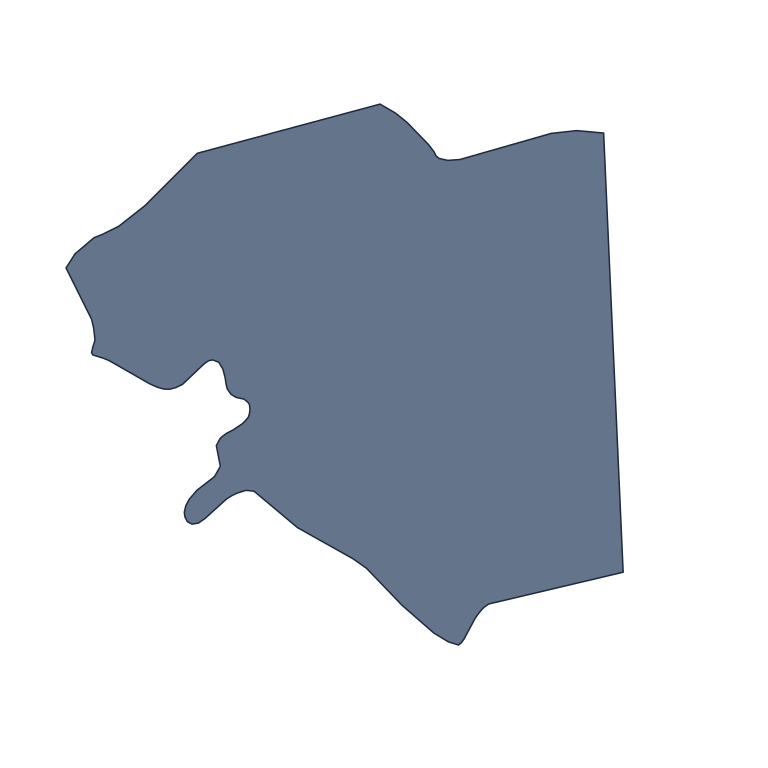 an SVG outline of Salima, rotated 345°
{"feature_id": "MWI-1914", "entity_name": "Salima", "entity_type": "District", "adm_level": 1, "iso_a3": "MWI", "parent_name": "Malawi", "parent_adm1": "", "projection": "mercator", "projection_center": [34.346, -13.759], "detail": "fine", "context": "isolated", "style": "filled", "palette": "slate", "viewbox_px": 768, "rotation_deg": 345, "n_neighbors": 0, "source": "natural_earth", "source_scale": "10m", "svg_char_len": 1275}
<svg xmlns="http://www.w3.org/2000/svg" viewBox="0 0 768 768"><g transform="rotate(345 384 384)"><path d="M452.6,112.6L465.2,125.3L473.9,137.2L488.9,164.1L492.4,172.6L493.3,177.1L495.5,180.3L503.5,184.5L515.4,186.8L610.3,185.2L635.7,189.1L660.5,198.2L661.1,198.5L566.3,627.7L428.2,623.6L423.0,625.5L419.9,627.3L415.9,630.2L411.3,634.0L395.6,650.8L391.7,654.0L388.5,655.4L379.6,649.9L367.7,637.5L344.2,602.5L319.4,557.5L309.1,545.1L263.3,500.4L230.7,453.9L223.1,451.0L213.8,451.4L208.0,452.5L202.2,454.3L176.5,467.5L168.8,470.3L162.3,469.7L158.5,466.2L157.3,461.1L157.9,456.2L161.0,450.4L165.8,445.1L175.8,438.2L196.3,429.6L204.6,421.2L206.1,400.1L209.2,396.8L210.0,395.9L211.4,394.4L214.4,392.7L219.1,390.9L226.3,389.3L237.1,385.6L240.6,383.6L244.4,380.9L246.4,377.7L247.9,373.9L248.7,369.0L247.6,366.1L244.8,362.4L237.7,358.7L233.6,354.5L231.3,348.2L231.4,343.4L232.2,336.1L232.2,327.8L230.0,320.2L224.9,316.5L220.7,316.1L215.6,317.9L189.3,332.2L182.1,333.6L175.8,333.6L170.2,332.0L164.0,328.3L157.7,323.2L124.4,290.1L119.5,286.4L110.4,280.7L109.6,278.1L112.4,272.8L116.2,266.8L118.0,254.8L118.3,245.9L106.9,189.6L119.4,178.2L141.8,167.6L150.6,166.6L168.8,162.9L199.3,149.8L263.4,112.8L452.5,112.6L452.6,112.6Z" fill="#64748b" stroke="#1e293b" stroke-width="1.5"/></g></svg>